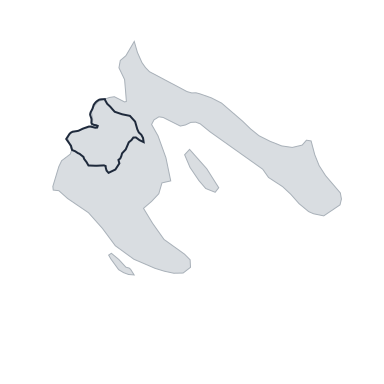 where Centre sits in Haiti, rotated 209°
{"feature_id": "HTI-1385", "entity_name": "Centre", "entity_type": "Department", "adm_level": 1, "iso_a3": "HTI", "parent_name": "Haiti", "parent_adm1": "", "projection": "albers", "projection_center": [-71.937, 19.008], "detail": "fine", "context": "in_parent", "style": "outline", "palette": "slate", "viewbox_px": 384, "rotation_deg": 209, "n_neighbors": 0, "source": "natural_earth", "source_scale": "10m", "svg_char_len": 2453}
<svg xmlns="http://www.w3.org/2000/svg" viewBox="0 0 384 384"><g transform="rotate(209 192 192)"><path d="M314.3,126.4L316.4,129.4L320.8,149.7L321.2,156.2L316.8,166.1L317.5,170.0L326.9,179.0L327.1,182.3L326.0,185.6L317.9,194.2L311.7,200.1L313.7,206.9L318.8,213.3L319.4,218.6L317.9,225.7L310.1,234.6L306.1,237.7L294.6,238.1L293.3,239.4L299.0,248.0L305.5,257.7L316.1,265.2L318.5,272.3L315.9,279.1L315.5,295.7L307.4,287.6L298.5,280.9L293.1,278.3L287.6,276.6L245.1,277.4L240.3,278.5L236.6,280.7L232.6,281.7L220.9,283.7L209.3,284.1L182.2,278.5L171.5,275.6L160.7,273.7L148.2,274.2L135.9,275.8L125.9,279.6L118.4,286.4L117.0,292.8L112.6,294.4L102.7,284.1L93.6,276.7L83.2,271.1L61.8,263.1L57.9,258.3L56.3,252.5L65.2,235.0L75.1,231.9L80.5,231.4L92.7,233.7L104.5,237.9L115.3,240.6L132.1,241.8L141.2,246.2L205.6,253.4L217.8,255.6L222.6,254.9L226.8,252.3L230.2,247.5L234.2,244.0L253.4,243.2L257.4,241.7L260.2,236.7L260.1,231.5L248.9,224.6L231.4,209.3L216.0,191.4L222.7,185.4L220.2,174.4L222.8,164.2L226.5,154.2L211.3,145.5L193.4,136.9L168.4,134.0L160.8,131.8L156.8,125.4L160.5,116.8L168.6,112.1L177.9,109.3L187.4,107.3L210.3,105.0L233.0,107.8L252.6,116.7L272.5,123.7L297.7,126.0L309.1,128.6L314.3,126.4ZM216.5,221.0L214.8,228.1L190.4,219.5L170.7,208.7L171.6,203.0L181.7,201.7L191.4,205.3L205.6,212.5L216.5,221.0ZM230.5,94.1L234.3,96.4L232.8,99.3L223.3,97.5L213.4,94.2L210.1,95.0L208.2,94.6L202.4,91.4L207.5,89.1L212.7,88.3L218.5,88.5L230.5,94.1Z" fill="#d9dde1" stroke="#a8b0b8" stroke-width="1"/><path d="M317.2,170.6L320.3,173.8L326.5,176.8L327.7,177.4L327.3,183.4L326.8,185.1L325.6,186.9L322.4,189.3L320.9,190.6L318.1,194.6L314.0,199.2L312.7,200.0L307.8,201.3L306.2,202.4L306.5,204.1L308.2,203.9L310.5,203.1L312.8,203.1L313.6,203.8L315.0,206.7L315.9,207.7L318.1,209.7L318.8,210.6L319.3,212.5L319.4,216.6L320.2,220.6L320.0,222.4L319.6,224.3L318.9,226.0L317.8,227.9L316.4,229.0L313.9,230.6L313.2,231.0L312.5,230.2L308.9,228.0L304.9,227.0L301.7,225.8L298.5,224.7L290.8,226.1L283.2,228.5L275.9,226.0L270.2,220.3L267.4,218.3L264.1,217.5L261.0,215.5L258.5,212.2L263.0,211.9L267.5,212.5L269.7,211.2L270.1,208.1L271.4,204.8L271.1,202.1L270.6,197.1L271.9,191.9L271.2,189.0L271.0,186.5L271.9,184.4L269.4,181.8L269.9,174.5L274.3,168.3L277.1,169.3L279.2,171.4L280.1,172.8L281.9,172.6L288.5,168.5L295.4,165.0L298.7,167.0L302.3,168.6L304.0,170.1L306.6,170.5L308.8,170.9L310.6,170.7L313.9,171.0L317.1,170.6L317.2,170.6Z" fill="none" stroke="#1e293b" stroke-width="2"/></g></svg>